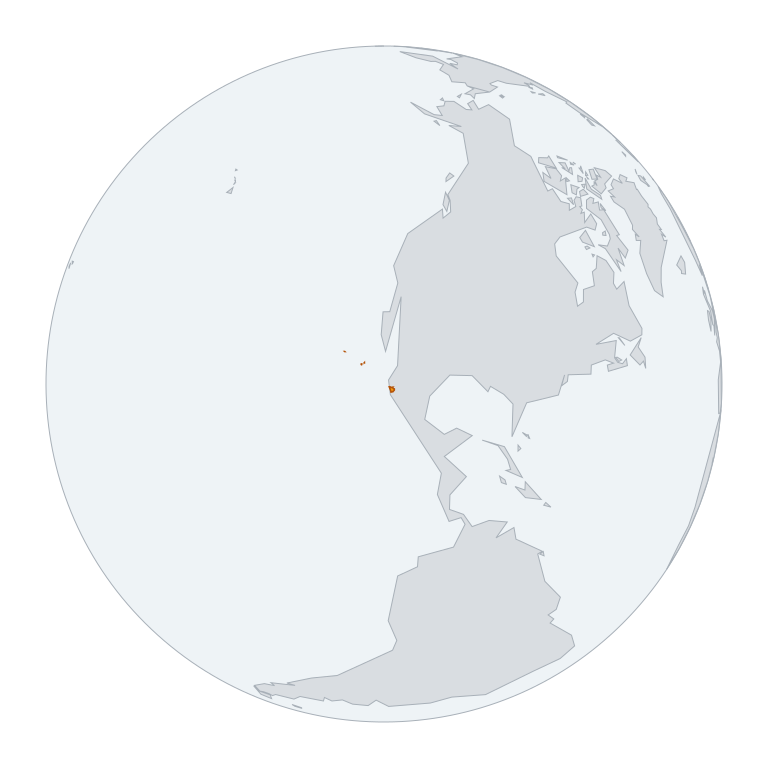 Colima on an orthographic globe, rotated 42°
{"feature_id": "MEX-2718", "entity_name": "Colima", "entity_type": "State", "adm_level": 1, "iso_a3": "MEX", "parent_name": "Mexico", "parent_adm1": "", "projection": "orthographic", "projection_center": [-105.619, 18.931], "detail": "fine", "context": "on_globe", "style": "filled", "palette": "amber", "viewbox_px": 768, "rotation_deg": 42, "n_neighbors": 0, "source": "natural_earth", "source_scale": "10m", "svg_char_len": 9959}
<svg xmlns="http://www.w3.org/2000/svg" viewBox="0 0 768 768"><g transform="rotate(42 384 384)"><circle cx="384" cy="384" r="338" fill="#eef3f6" stroke="#a8b0b8"/><path d="M71.3,500.8L72.1,503.2L72.0,503.4L71.3,500.8ZM538.1,434.0L530.7,431.7L524.3,442.6L497.6,430.4L486.3,411.9L395.9,387.7L384.7,378.0L381.8,361.3L338.3,307.6L363.3,358.7L348.9,349.2L335.0,331.0L339.9,326.4L326.7,299.7L312.0,289.6L301.0,256.3L310.4,214.9L316.9,221.2L318.4,211.5L310.3,203.3L304.7,200.5L299.0,163.5L275.1,144.7L259.2,148.5L269.2,140.9L233.4,156.1L215.1,156.8L241.0,150.3L247.6,145.5L237.7,142.5L242.4,137.2L240.3,133.0L246.8,127.2L261.4,125.0L265.9,121.5L258.6,119.7L260.5,113.6L270.5,116.5L274.8,106.4L300.1,103.2L321.5,119.7L340.8,116.6L376.6,131.0L378.5,126.2L393.3,130.0L401.1,126.1L405.5,130.9L407.8,123.8L402.3,120.3L401.5,116.3L405.5,114.0L411.9,119.3L410.8,121.2L414.8,121.7L416.2,125.5L417.8,122.3L425.1,129.7L423.9,119.3L434.8,122.6L437.9,128.4L429.6,131.8L416.4,157.0L417.1,165.7L426.3,173.6L460.5,179.2L464.5,187.9L475.8,196.7L477.3,189.6L469.0,180.3L474.6,170.2L463.7,161.1L464.4,156.1L456.5,146.1L466.3,143.7L480.2,147.2L487.2,155.7L493.5,157.8L493.8,147.2L513.7,161.8L538.5,170.1L542.7,174.9L538.4,187.3L520.7,192.7L515.0,212.7L527.5,196.3L537.8,210.2L543.2,211.5L547.7,209.3L547.2,203.0L552.6,207.5L542.3,224.4L537.3,220.5L540.6,214.9L532.3,218.0L525.4,231.2L531.2,238.2L514.7,253.9L518.6,259.4L517.2,266.5L512.1,256.4L521.0,275.5L502.6,302.5L514.4,337.6L493.3,312.6L479.9,311.5L464.7,314.5L466.4,320.2L443.9,318.8L427.0,333.3L426.1,362.4L438.0,383.1L462.5,381.1L467.5,368.2L484.1,363.3L477.3,397.5L507.2,397.7L507.2,422.3L516.6,433.4L530.3,427.7L544.9,431.0L553.4,415.1L567.9,404.1L570.2,423.4L576.6,403.7L585.9,411.0L613.5,402.4L612.0,407.5L635.6,423.0L657.7,424.4L662.8,436.2L660.5,445.8L667.4,445.0L667.4,450.5L691.4,445.2L700.9,451.1L698.6,470.1L686.9,498.0L667.3,546.9L643.9,571.3L631.9,590.1L603.2,620.5L589.7,624.2L587.4,633.6L574.9,642.9L564.5,646.6L557.4,654.4L549.5,656.8L551.1,660.1L530.7,672.4L527.9,678.4L511.2,687.3L509.6,690.2L505.9,691.0L500.3,693.3L497.3,695.3L489.5,694.5L495.6,686.7L504.5,681.4L499.9,681.6L519.6,667.5L511.9,671.2L526.8,651.1L544.3,631.9L568.5,576.1L565.1,566.0L545.5,557.1L522.6,517.5L531.2,497.4L525.1,489.5L544.8,458.7L538.1,434.0ZM138.9,346.9L140.3,339.0L142.9,344.8L138.9,346.9ZM138.9,333.8L138.8,336.6L138.4,334.1L138.9,333.8ZM137.0,331.7L138.4,333.2L136.6,332.3L137.0,331.7ZM134.2,330.0L135.8,330.6L135.5,330.8L134.2,330.0ZM515.4,350.0L549.3,360.9L532.5,366.6L535.3,362.8L526.1,357.2L510.0,353.5L494.5,360.0L515.4,350.0ZM130.8,324.9L130.1,323.4L131.7,323.2L130.8,324.9ZM524.9,327.7L519.2,327.4L524.5,326.2L524.9,327.7ZM301.4,200.3L309.7,203.8L315.2,213.7L307.8,211.2L301.4,200.3ZM291.6,183.2L296.8,182.7L294.6,192.1L292.3,189.4L291.6,183.2ZM246.7,153.2L252.6,154.6L245.3,155.2L246.7,153.2ZM238.9,133.5L235.7,135.0L236.0,132.3L238.9,133.5ZM451.7,148.3L454.1,147.2L454.3,149.6L451.7,148.3ZM446.0,145.1L444.5,148.6L441.6,147.7L442.6,145.6L446.0,145.1ZM246.1,121.2L247.5,116.9L248.6,120.8L246.1,121.2ZM448.4,141.2L436.6,145.7L431.5,144.2L430.9,135.0L448.4,141.2ZM250.0,114.1L253.1,104.7L246.4,106.8L267.2,96.3L257.6,107.2L260.1,111.4L254.8,111.2L250.0,114.1ZM398.8,120.3L404.9,123.9L396.1,123.2L398.8,120.3ZM393.3,120.9L367.4,126.3L360.5,120.5L370.6,119.5L358.5,114.5L367.9,108.9L376.6,110.4L379.2,115.1L380.8,109.5L393.3,120.9ZM278.2,92.4L281.1,90.2L280.8,92.2L278.2,92.4ZM400.4,114.7L395.8,116.0L389.5,110.9L397.5,107.5L397.0,110.1L400.4,114.7ZM350.8,116.2L347.5,112.2L354.2,106.5L353.8,104.3L367.5,108.3L350.8,116.2ZM400.5,110.1L401.8,105.9L408.5,106.4L404.5,113.1L400.5,110.1ZM384.4,111.2L381.8,108.8L385.9,108.9L384.4,111.2ZM432.9,106.8L427.6,107.8L423.8,105.2L432.9,106.8ZM401.8,104.4L399.5,104.3L397.4,103.5L399.7,101.0L401.8,104.4ZM371.2,104.2L374.7,102.9L365.9,102.3L370.6,98.5L378.9,102.0L377.3,98.9L378.7,97.8L383.9,102.1L371.2,104.2ZM395.6,96.4L407.8,100.5L418.6,98.9L422.2,101.0L404.2,103.4L395.6,96.4ZM388.3,99.3L393.6,97.9L395.5,100.9L392.9,103.8L388.3,99.3ZM370.7,94.8L361.5,99.7L360.0,98.8L370.7,94.8ZM398.4,95.2L395.4,94.3L398.9,94.7L398.4,95.2ZM378.8,94.1L375.7,95.8L374.1,94.7L378.8,94.1ZM391.9,91.4L395.8,92.5L394.3,94.3L391.9,91.4ZM385.6,92.1L384.1,90.3L391.3,94.3L384.5,93.0L385.6,92.1ZM377.8,92.8L375.8,92.7L379.3,92.3L377.8,92.8ZM395.7,84.3L405.2,89.0L401.6,92.7L392.9,87.6L395.7,84.3ZM500.1,696.9L489.0,695.5L496.3,695.8L507.4,691.2L511.0,693.0L500.1,696.9ZM530.1,683.7L539.4,679.7L539.8,680.1L533.5,683.1L530.1,683.7ZM718.0,332.5L710.6,306.4L705.2,285.6L697.5,267.3L654.3,182.2L652.7,179.0L651.5,177.5L665.7,197.3L678.4,218.1L689.6,239.7L699.2,262.1L707.1,285.1L713.4,308.6L718.0,332.5ZM618.1,140.3L647.6,172.6L653.2,180.6L652.5,182.0L629.6,157.2L619.5,142.5L611.3,135.0L603.0,130.1L600.6,126.5L596.0,123.2L591.2,118.2L574.3,105.5L567.9,100.7L551.4,91.2L545.9,87.9L557.2,94.1L561.6,96.6L558.2,94.5L579.3,108.2L599.3,123.5L618.1,140.3ZM515.1,72.5L516.1,73.0L505.5,68.9L491.3,63.8L490.0,63.6L513.1,72.2L520.3,75.1L523.1,76.1L538.2,83.3L547.8,88.5L552.7,91.2L538.3,84.3L548.1,90.5L532.6,83.7L479.7,62.4L462.7,57.0L455.4,53.7L468.5,56.8L472.3,57.9L472.9,58.0L515.1,72.5ZM448.3,52.3L447.5,52.1L445.6,51.7L448.3,52.3ZM398.7,46.4L391.6,46.4L386.9,46.2L388.8,46.1L388.4,46.1L398.7,46.4ZM386.0,46.1L386.4,46.1L383.5,46.2L380.2,46.1L381.2,46.1L378.3,46.2L370.9,46.4L373.8,46.6L348.0,51.5L331.2,53.5L331.1,52.0L308.1,58.6L290.8,62.5L294.8,62.1L286.4,66.5L291.7,65.2L292.9,65.5L273.7,78.6L265.5,82.4L261.7,89.8L263.7,90.0L269.6,87.4L267.2,96.3L246.4,106.8L242.8,105.8L232.2,114.0L225.7,111.1L215.3,113.2L214.4,106.7L206.3,109.8L203.0,112.9L189.6,120.1L173.3,126.4L200.8,107.8L228.2,100.4L218.3,101.7L224.8,97.8L223.9,96.3L216.5,98.1L213.0,100.5L223.0,88.6L213.9,92.0L236.7,79.9L260.2,69.6L284.5,61.1L309.4,54.4L334.7,49.7L360.3,46.9L386.0,46.1ZM213.2,92.4L204.1,98.2L193.5,105.1L186.4,109.9L213.2,92.4ZM677.8,218.2L681.1,223.8L677.8,218.2ZM614.4,401.9L617.9,404.6L613.7,406.1L614.4,401.9ZM531.5,375.1L538.1,374.3L542.0,376.7L537.2,378.7L531.5,375.1ZM583.5,363.8L590.4,363.8L583.8,367.2L583.5,363.8ZM554.4,362.1L578.1,364.6L565.1,373.8L550.0,372.5L559.7,368.5L554.4,362.1ZM524.5,339.7L528.9,340.4L528.5,344.2L524.5,339.7ZM528.7,327.0L527.2,327.6L524.5,325.0L528.7,327.0ZM538.4,209.2L539.4,208.0L544.6,207.1L543.4,210.2L538.4,209.2ZM560.0,189.4L568.1,197.3L561.5,193.4L561.5,198.6L547.5,197.7L544.1,177.4L548.1,186.4L560.0,189.4ZM527.9,192.2L537.2,194.2L527.2,192.8L527.9,192.2ZM575.3,113.0L577.0,112.6L583.8,117.3L591.9,126.1L582.1,119.1L575.3,113.0ZM577.9,111.3L561.3,103.5L555.6,98.6L561.6,102.5L559.5,100.0L568.6,105.8L579.3,109.9L586.0,114.5L597.3,126.6L589.9,119.7L588.7,120.0L577.9,111.3ZM529.2,100.8L521.9,99.7L519.0,90.1L526.0,92.4L534.6,100.5L531.2,102.8L529.2,100.8ZM449.6,125.1L447.0,127.0L445.2,125.3L446.0,122.3L449.6,125.1ZM430.7,107.5L459.0,115.6L457.5,118.0L475.8,121.2L479.0,128.9L467.0,126.4L483.2,135.3L473.6,136.1L485.0,141.8L458.0,135.3L450.0,137.2L457.7,132.0L455.0,124.7L451.5,122.1L435.4,116.6L417.0,118.0L411.4,111.8L412.3,107.1L415.9,105.8L418.4,110.0L421.4,105.3L427.8,110.5L430.7,107.5ZM426.6,68.2L428.0,71.5L435.1,67.1L441.5,70.5L441.9,69.8L449.7,72.0L460.0,73.8L461.7,75.7L465.0,75.7L470.2,77.5L475.3,78.2L480.1,82.2L486.7,83.6L485.3,84.7L495.2,86.3L490.0,87.0L496.3,90.1L498.1,87.8L512.0,111.9L521.9,123.0L533.1,132.4L522.6,133.6L505.4,126.3L486.7,115.7L478.7,105.5L475.4,108.5L470.6,104.6L475.2,103.9L465.2,102.9L462.5,99.7L445.8,93.2L433.1,94.8L426.7,92.9L430.3,90.7L421.4,90.5L423.9,85.3L419.4,84.0L417.3,78.1L426.9,75.4L421.1,74.3L419.3,70.4L426.6,68.2ZM395.6,82.5L405.6,77.4L414.0,77.2L414.1,87.7L417.8,89.6L418.2,97.3L406.0,97.9L407.0,95.5L405.1,93.4L409.7,94.0L404.7,92.0L405.9,88.9L402.3,86.6L406.6,85.4L395.6,82.5ZM554.0,92.2L550.4,90.0L552.0,90.9L556.5,93.4L554.0,92.2ZM448.9,59.3L448.3,60.3L446.0,59.9L438.5,60.9L433.2,59.0L435.6,57.6L448.9,59.3ZM441.8,57.3L439.3,57.8L438.2,56.6L441.8,57.3ZM428.9,57.7L426.7,56.2L431.7,58.9L428.9,57.7ZM392.7,47.6L409.0,47.8L417.3,48.0L416.3,47.6L424.6,48.8L412.0,48.4L392.7,47.6ZM354.1,50.7L355.0,51.9L349.9,52.1L349.0,51.9L354.1,50.7ZM357.9,50.9L367.6,51.3L365.1,52.6L357.9,51.9L357.9,50.9ZM405.2,52.2L410.4,52.2L411.2,53.1L405.2,52.2ZM70.1,503.5L72.7,509.1L71.1,507.1L70.1,503.5ZM72.0,503.4L70.1,501.3L71.3,500.8L72.0,503.4ZM157.9,132.9L155.7,134.8L151.2,139.1L157.9,132.9ZM175.7,117.9L197.7,102.4L201.1,100.6L175.2,118.6L178.6,115.8L173.5,119.6L165.2,126.5L165.4,126.3L175.7,117.9ZM277.9,90.4L280.8,90.2L277.1,91.8L277.9,90.4ZM296.0,64.7L297.1,65.4L292.7,66.7L296.0,64.7ZM297.7,68.3L301.9,66.2L299.5,68.5L297.7,68.3ZM310.8,61.9L304.5,65.4L307.7,62.0L310.8,61.9Z" fill="#d9dde1" stroke="#a8b0b8" stroke-width="1"/><path d="M394.5,385.4L394.2,385.1L393.3,384.4L393.1,384.3L392.5,384.0L392.0,383.7L391.7,383.6L391.4,383.5L391.2,383.4L391.3,383.2L391.2,383.0L391.0,382.9L390.9,382.9L390.8,383.0L390.7,382.9L390.6,383.0L390.3,382.9L390.2,382.8L389.7,382.7L389.8,382.5L389.9,382.4L390.0,382.2L390.3,382.1L390.5,382.0L390.6,381.9L390.8,381.9L390.8,382.0L391.0,381.9L391.3,381.9L391.5,381.7L391.8,381.7L391.9,381.4L392.0,381.3L392.2,381.2L392.2,380.9L392.3,380.8L392.4,380.7L392.5,380.6L392.7,380.4L392.7,380.5L392.9,380.7L393.0,380.8L393.3,380.9L393.4,381.0L393.5,381.0L393.8,381.2L394.0,381.2L394.3,381.0L394.6,380.9L394.8,380.7L395.0,380.7L395.1,380.8L395.2,381.0L395.3,381.2L395.5,381.3L395.5,381.5L395.8,381.7L395.8,381.8L395.8,382.0L395.8,382.3L395.8,382.5L395.7,382.8L395.7,383.0L395.8,383.3L395.9,383.6L395.8,383.8L395.7,383.9L395.7,384.0L395.4,384.2L395.2,384.2L395.2,384.3L395.2,384.5L395.1,384.8L394.9,384.8L394.7,385.0L394.6,385.3L394.5,385.4ZM354.3,384.3L354.5,384.6L354.4,384.8L354.2,384.8L354.0,384.7L353.9,384.7L353.6,384.5L353.6,384.4L353.7,384.2L353.8,384.1L354.0,383.9L354.1,384.0L354.3,384.2L354.3,384.3ZM333.0,386.1L333.3,386.1L333.2,386.2L332.9,386.2L333.0,386.1ZM355.1,381.1L355.3,381.3L355.1,381.4L355.1,381.5L355.0,381.4L355.1,381.2L355.1,381.1Z" fill="#f59e0b" stroke="#b45309" stroke-width="1.5"/></g></svg>